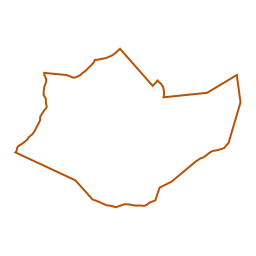 the district of Belle Vue, Vieux Fort, Saint Lucia
{"feature_id": "8701671B25756031943387", "entity_name": "Belle Vue", "entity_type": "district", "adm_level": 2, "iso_a3": "LCA", "parent_name": "Saint Lucia", "parent_adm1": "Vieux Fort", "projection": "albers", "projection_center": [-60.954, 13.792], "detail": "fine", "context": "isolated", "style": "outline", "palette": "amber", "viewbox_px": 256, "rotation_deg": 0, "n_neighbors": 0, "source": "geoboundaries", "source_scale": "gbopen_adm2", "svg_char_len": 1326}
<svg xmlns="http://www.w3.org/2000/svg" viewBox="0 0 256 256"><path d="M207.5,154.3L208.5,153.5L210.1,152.4L210.9,151.8L213.0,150.9L214.6,150.6L217.5,150.2L219.2,149.6L222.8,148.5L224.2,148.0L226.1,145.6L226.6,145.0L228.4,143.3L228.5,143.1L240.5,102.4L236.8,75.0L207.1,92.8L163.6,97.3L163.9,96.0L164.1,93.1L163.6,89.2L163.2,87.3L162.1,85.4L160.9,83.7L159.6,82.5L157.3,80.5L156.0,82.5L154.3,84.1L152.7,85.9L120.0,48.8L116.4,52.1L112.6,55.2L105.9,58.1L97.5,59.7L94.8,60.0L94.1,62.0L92.0,64.5L88.3,68.0L85.9,70.6L82.8,72.8L80.5,75.0L77.4,76.6L74.8,77.6L72.4,77.5L70.3,76.4L66.2,75.0L44.2,72.9L44.3,75.0L46.3,79.1L46.1,82.1L44.3,86.8L43.7,91.6L43.6,94.8L45.9,99.1L45.9,103.1L46.7,106.4L46.4,107.9L44.3,110.2L41.5,114.6L40.3,116.3L40.1,120.3L37.5,125.5L34.5,131.3L32.4,134.2L28.6,137.3L27.3,139.6L23.5,142.8L18.1,146.2L17.0,148.5L16.4,151.4L15.4,152.4L75.3,180.3L88.3,194.7L88.8,195.7L89.6,196.0L89.9,196.1L91.6,198.7L93.0,199.7L97.0,201.0L103.9,204.1L106.4,205.3L107.4,205.4L110.9,205.8L115.8,207.2L124.6,204.2L127.6,204.4L129.5,204.5L134.5,205.5L140.7,205.5L144.1,205.9L147.4,204.5L149.4,202.7L155.3,200.4L159.6,187.6L171.6,181.6L196.0,161.3L196.5,161.0L197.7,160.2L199.5,159.0L200.3,158.5L201.0,158.1L202.1,157.8L202.9,157.6L205.1,156.2L206.0,155.6L207.2,154.6L207.5,154.3Z" fill="none" stroke="#b45309" stroke-width="2"/></svg>